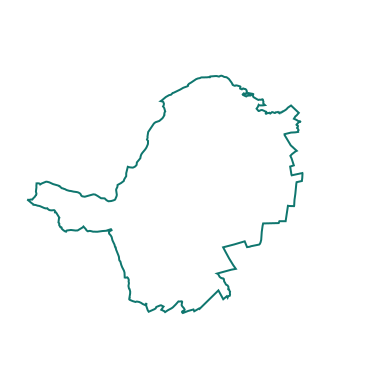 the district of General Berthelot, Hunedoara, Romania, rotated 321°
{"feature_id": "2599482B14034373036308", "entity_name": "General Berthelot", "entity_type": "district", "adm_level": 2, "iso_a3": "ROU", "parent_name": "Romania", "parent_adm1": "Hunedoara", "projection": "equal_earth", "projection_center": [22.874, 45.611], "detail": "fine", "context": "isolated", "style": "outline", "palette": "teal", "viewbox_px": 384, "rotation_deg": 321, "n_neighbors": 0, "source": "geoboundaries", "source_scale": "gbopen_adm2", "svg_char_len": 5979}
<svg xmlns="http://www.w3.org/2000/svg" viewBox="0 0 384 384"><g transform="rotate(321 192 192)"><path d="M299.3,225.9L298.1,217.9L299.8,206.0L300.3,205.3L306.3,208.1L309.9,210.7L312.3,212.1L312.9,211.2L313.7,211.0L313.9,210.5L314.1,209.3L313.9,208.6L314.0,208.3L315.0,208.2L315.9,207.4L315.9,206.6L315.5,206.2L315.4,205.9L315.6,205.4L318.6,205.0L319.3,205.1L320.1,205.6L320.4,205.5L320.4,204.9L320.2,204.7L319.3,204.0L318.6,201.8L317.3,199.2L319.9,198.3L321.5,198.3L324.8,197.7L323.4,187.1L319.6,186.8L317.7,187.1L316.3,187.1L312.6,186.6L312.6,186.4L311.5,186.5L310.4,185.5L309.6,186.0L309.5,185.9L309.2,183.9L308.7,183.8L307.3,182.8L306.5,182.9L306.1,182.7L305.9,182.5L305.7,182.0L305.3,181.5L305.1,181.0L304.5,180.3L302.2,180.3L302.1,180.1L302.2,179.7L302.1,179.2L300.8,178.6L300.3,178.1L299.1,178.0L298.7,177.7L298.7,177.4L300.1,176.3L299.5,175.3L299.2,174.5L298.2,172.6L297.8,172.2L297.2,171.8L295.0,171.2L294.7,170.9L294.6,167.9L296.9,167.2L298.7,166.2L298.9,167.0L299.1,167.3L301.4,169.2L303.4,170.4L303.1,168.2L303.4,167.6L304.3,166.9L304.7,165.8L305.2,164.9L305.2,164.6L304.9,164.1L303.9,163.9L302.4,162.6L301.5,162.2L300.9,160.8L299.5,157.0L299.8,155.7L300.2,155.0L300.9,154.8L301.2,154.4L300.9,153.9L298.0,150.5L297.6,150.5L297.4,151.0L297.5,151.4L299.0,153.2L299.1,153.5L298.7,153.9L298.2,153.9L295.7,151.9L294.5,152.0L294.0,151.4L292.7,148.6L292.8,148.1L294.3,147.9L295.2,149.5L295.5,149.7L295.9,149.6L298.0,148.3L298.5,146.6L298.2,145.5L297.3,144.6L297.3,144.2L297.1,143.9L296.6,143.6L295.4,143.6L294.6,142.2L294.5,141.9L294.8,141.5L295.8,140.9L295.9,140.4L295.7,140.0L294.4,138.1L293.3,136.8L292.4,136.6L291.9,136.2L291.2,134.8L291.3,134.2L291.1,134.1L291.6,132.1L291.8,127.4L291.1,124.6L289.5,122.9L288.6,120.9L287.9,120.0L287.0,119.6L285.6,119.3L284.3,117.6L283.4,116.8L278.9,113.7L278.4,114.1L278.1,114.1L277.5,113.5L277.6,113.4L277.4,113.3L275.8,112.3L271.3,108.8L269.7,108.4L268.1,107.5L266.2,106.9L260.4,106.4L257.7,106.0L256.2,106.3L255.8,107.0L255.1,107.0L250.8,105.5L247.4,105.0L240.1,103.3L239.3,102.9L237.0,103.2L235.1,102.3L231.4,101.7L226.0,101.8L224.9,101.7L226.2,103.4L226.3,104.1L225.7,105.8L224.7,106.7L223.3,107.3L223.4,108.1L223.2,109.4L221.8,112.6L221.4,112.6L220.4,113.2L219.3,114.2L219.4,114.3L218.9,114.9L216.5,115.8L215.3,116.1L211.3,116.2L207.5,114.8L205.5,114.8L195.7,117.8L192.3,120.9L191.7,121.8L190.9,122.4L190.0,122.9L190.0,124.6L188.2,126.7L187.6,127.2L184.5,128.8L182.3,129.5L178.2,130.3L176.5,130.8L175.5,131.3L174.1,132.3L173.3,133.1L172.8,133.3L167.8,134.3L166.3,135.8L165.7,136.2L163.6,136.4L161.8,136.0L161.1,135.6L159.1,133.6L158.0,132.0L152.7,136.0L150.8,138.3L148.1,139.2L147.0,139.7L145.9,140.5L142.6,140.4L138.6,139.7L137.2,141.1L134.8,142.2L134.1,143.0L131.8,146.9L130.7,147.8L127.5,149.5L126.0,149.2L123.6,148.2L121.2,146.6L120.4,144.6L120.1,142.0L117.4,139.6L116.2,135.8L115.1,133.0L113.8,131.7L105.7,128.2L104.0,126.3L103.7,125.1L104.1,123.3L104.0,122.6L103.6,121.4L103.1,120.4L102.2,119.3L100.2,117.2L98.5,115.0L97.4,113.9L95.8,111.6L94.9,109.5L94.1,108.5L93.9,107.8L93.3,107.3L93.1,106.8L92.8,104.1L92.5,104.1L92.1,102.8L89.0,98.4L87.2,94.7L85.7,92.7L84.9,92.1L80.6,90.8L78.8,90.6L78.9,90.2L78.9,89.7L78.7,89.3L77.6,88.1L76.9,87.8L76.6,87.5L74.8,89.4L74.2,90.3L71.0,93.4L70.0,95.5L69.0,96.2L68.9,96.1L66.8,96.8L64.6,97.0L63.1,97.4L62.9,97.3L62.4,96.6L60.4,95.6L59.2,94.3L59.8,96.6L60.3,99.4L61.0,102.0L60.8,102.2L62.3,103.7L63.5,105.6L64.3,106.4L65.1,107.6L67.0,111.3L67.6,112.2L68.2,112.9L69.3,113.6L69.2,114.2L69.7,116.1L70.2,116.8L71.3,117.9L73.4,119.3L73.6,120.0L73.5,120.9L72.7,121.6L73.5,122.5L72.7,128.5L72.3,128.5L69.0,131.7L69.1,132.6L69.0,133.0L68.5,133.6L68.0,134.0L67.6,136.4L68.1,136.8L68.3,137.5L68.1,137.9L67.7,138.2L67.7,138.8L68.0,140.9L68.7,143.0L69.3,143.6L70.0,143.1L70.6,143.2L74.0,145.3L77.2,148.6L78.9,149.9L84.7,150.7L85.9,150.5L86.1,154.1L85.9,155.2L86.2,156.8L86.5,157.1L87.5,157.5L88.2,158.0L89.1,159.1L90.1,160.5L93.4,163.3L97.7,165.9L102.2,169.0L102.3,168.6L105.6,169.9L105.6,170.6L105.4,171.1L104.6,170.9L104.5,170.6L102.6,170.8L102.1,171.1L101.4,172.2L101.5,174.7L101.2,176.5L99.8,179.4L99.1,182.2L98.7,184.0L97.9,185.7L97.7,186.3L97.9,186.3L97.9,186.7L97.7,187.3L96.7,189.1L96.5,189.9L94.9,195.0L94.4,196.4L92.7,199.0L92.5,199.8L92.6,200.9L91.2,204.0L90.4,206.5L89.6,210.3L88.8,212.2L85.9,216.1L86.7,217.0L88.0,217.6L88.1,218.5L87.9,219.6L87.5,220.6L86.3,221.8L85.7,223.1L83.5,225.0L82.2,227.5L82.4,228.1L81.3,230.5L80.0,232.0L76.4,235.2L76.6,235.3L75.9,235.9L75.7,236.2L75.8,236.7L77.2,239.4L78.9,241.9L80.2,242.4L81.7,244.2L82.7,246.2L83.2,248.0L84.4,250.3L86.7,249.7L84.9,251.4L83.2,256.0L83.0,257.8L88.9,259.4L90.5,259.6L91.9,258.9L95.5,260.0L96.6,260.5L97.8,263.1L94.0,264.2L95.4,267.0L95.5,268.4L98.8,268.7L102.9,269.5L104.6,269.6L108.4,269.2L112.6,268.5L113.3,269.2L115.2,270.5L115.3,270.8L115.2,271.2L112.9,273.2L112.6,273.8L112.5,275.1L112.6,277.0L112.3,278.8L111.7,279.1L111.3,279.1L109.9,278.7L109.1,278.7L108.7,279.0L108.6,279.7L108.7,280.3L114.1,282.0L119.2,284.2L118.7,286.1L124.3,287.0L124.3,287.6L150.6,285.1L148.8,295.0L153.5,294.9L153.2,296.5L154.1,296.0L154.7,295.9L155.1,295.9L156.0,296.4L156.9,295.8L158.0,294.1L158.8,293.5L159.1,291.6L159.5,291.1L159.5,290.9L159.0,290.6L159.0,290.2L159.9,289.6L160.7,288.4L160.8,286.8L160.2,285.6L160.2,285.0L160.6,283.2L160.7,281.8L161.8,280.0L162.0,279.4L161.9,278.9L161.1,278.3L161.0,277.6L160.4,276.9L160.1,275.3L160.6,272.6L160.5,271.9L160.2,271.2L173.6,277.1L177.7,279.3L178.0,274.8L179.0,267.2L180.4,259.6L181.4,254.6L192.0,259.4L201.9,263.5L200.1,269.5L202.3,270.8L203.8,271.3L211.1,275.1L211.8,275.1L213.4,274.4L215.6,272.8L221.2,266.8L225.6,262.7L227.5,261.2L239.8,270.7L241.6,269.7L246.4,273.6L257.9,263.1L258.9,264.2L261.6,266.5L262.4,267.2L262.7,267.0L266.7,262.6L271.0,258.6L278.2,251.3L279.5,250.2L284.3,252.6L286.4,250.6L289.4,247.3L289.7,246.7L280.0,241.8L280.2,241.1L284.3,234.0L287.9,235.4L290.5,228.6L291.2,225.8L293.5,225.5L298.0,225.6L299.3,225.9Z" fill="none" stroke="#0f766e" stroke-width="2"/></g></svg>